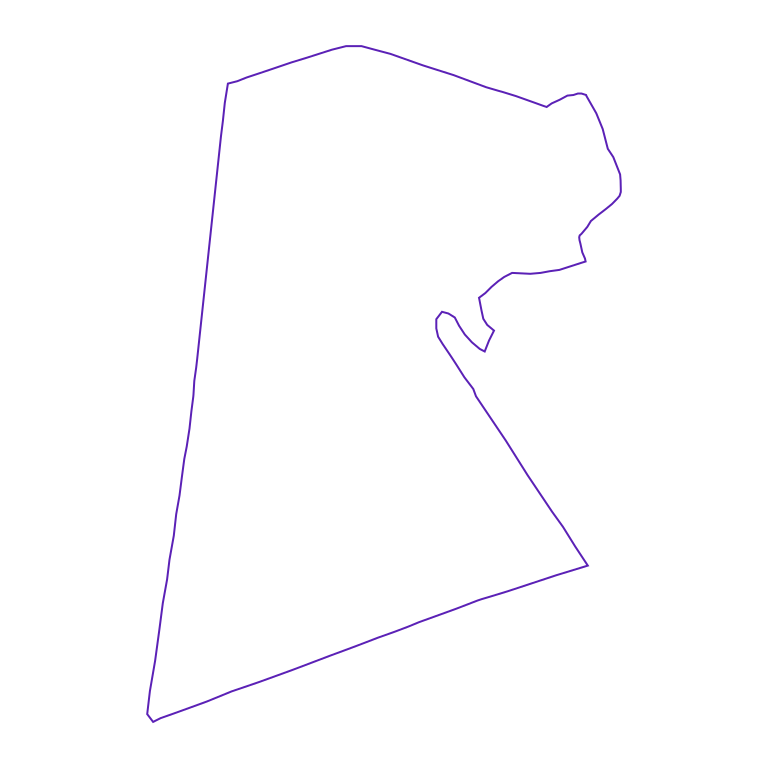 Kerbela, Karbala', Iraq (Natural Earth projection)
{"feature_id": "34846034B5988963618925", "entity_name": "Kerbela", "entity_type": "district", "adm_level": 2, "iso_a3": "IRQ", "parent_name": "Iraq", "parent_adm1": "Karbala'", "projection": "natural_earth1", "projection_center": [44.024, 32.498], "detail": "fine", "context": "isolated", "style": "outline", "palette": "violet", "viewbox_px": 768, "rotation_deg": 0, "n_neighbors": 0, "source": "geoboundaries", "source_scale": "gbopen_adm2", "svg_char_len": 1780}
<svg xmlns="http://www.w3.org/2000/svg" viewBox="0 0 768 768"><path d="M147.2,714.1L153.1,721.9L160.7,718.1L173.8,713.5L206.9,701.5L231.6,691.4L258.6,682.2L292.8,669.8L330.3,655.6L356.5,645.9L377.9,637.7L394.8,631.7L408.3,626.6L419.2,622.1L456.3,608.7L477.6,600.5L481.8,599.1L489.6,596.8L507.6,591.3L556.4,575.2L587.8,565.6L575.2,546.5L563.0,526.9L552.0,511.6L527.6,475.2L505.8,440.6L476.0,396.3L473.3,389.0L464.4,377.3L456.6,365.0L453.3,359.9L449.8,354.6L442.7,344.1L438.1,336.7L436.3,328.4L436.3,319.2L442.0,311.8L448.4,313.5L454.8,317.5L459.1,325.8L464.8,334.5L471.9,342.3L479.7,348.9L484.7,351.5L489.0,340.6L494.0,330.6L487.2,324.9L483.3,318.8L481.5,310.5L479.2,298.6L479.0,297.8L485.4,293.0L491.5,286.9L498.2,281.2L504.3,276.9L512.1,272.9L522.1,273.4L530.2,273.8L540.6,272.9L549.8,271.2L559.4,269.9L569.0,266.8L581.1,262.9L585.6,261.5L585.0,258.6L582.3,252.4L580.4,243.6L579.5,240.1L579.2,237.2L579.7,235.4L581.4,233.9L587.3,226.9L590.9,221.0L598.6,214.6L605.5,209.3L612.0,204.0L617.2,198.7L619.6,195.8L620.8,192.0L620.8,189.1L620.6,180.5L620.1,174.4L613.3,157.1L607.8,148.8L602.7,129.0L596.3,113.3L586.5,96.1L586.1,95.0L581.4,93.5L578.0,93.5L573.4,95.0L567.4,95.6L559.8,99.7L551.7,103.4L546.6,107.0L542.3,105.5L535.1,102.9L516.0,96.1L502.4,91.9L498.4,90.8L486.1,87.2L453.6,75.1L434.0,68.9L423.0,65.4L390.5,53.9L374.7,49.7L361.4,46.1L354.0,46.1L346.2,46.1L331.9,49.7L307.2,57.6L291.5,62.4L271.8,69.1L257.5,73.9L246.6,77.5L237.3,81.2L227.9,83.6L224.8,102.9L222.9,120.9L221.0,136.0L197.2,358.8L196.2,367.5L194.3,380.9L193.5,394.3L193.3,396.6L191.4,411.2L189.5,428.6L186.7,446.7L184.3,458.9L181.9,476.9L179.5,495.6L176.2,514.2L173.8,535.7L169.5,559.6L167.1,579.4L162.8,603.2L159.4,629.4L155.1,660.9L149.9,691.1L147.2,714.1Z" fill="none" stroke="#5b21b6" stroke-width="2"/></svg>